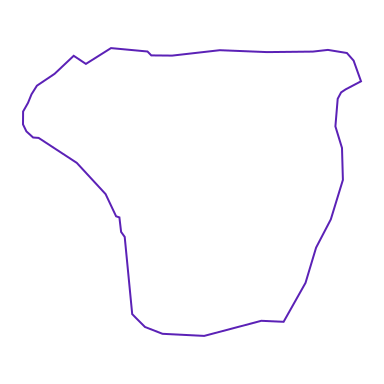 Magdalena Milpas Altas, Sacatepéquez, Guatemala (Robinson projection)
{"feature_id": "79465075B1840985123579", "entity_name": "Magdalena Milpas Altas", "entity_type": "district", "adm_level": 2, "iso_a3": "GTM", "parent_name": "Guatemala", "parent_adm1": "Sacatepéquez", "projection": "robinson", "projection_center": [-90.68, 14.541], "detail": "fine", "context": "isolated", "style": "outline", "palette": "violet", "viewbox_px": 384, "rotation_deg": 0, "n_neighbors": 0, "source": "geoboundaries", "source_scale": "gbopen_adm2", "svg_char_len": 659}
<svg xmlns="http://www.w3.org/2000/svg" viewBox="0 0 384 384"><path d="M305.5,282.9L316.1,247.6L330.8,219.4L342.9,179.9L342.0,148.0L335.4,126.4L337.7,98.8L341.1,92.4L345.6,89.4L355.1,84.4L361.0,81.3L353.6,60.6L346.9,53.0L327.9,49.9L312.8,51.6L267.1,52.1L219.8,50.2L172.2,55.6L151.3,55.4L147.5,51.5L111.0,48.1L85.9,63.9L73.7,55.8L54.6,73.8L36.9,85.7L31.5,94.3L28.0,102.9L23.1,111.5L23.0,124.4L26.4,131.4L33.1,137.5L38.6,137.9L76.8,162.9L105.6,194.1L116.1,216.3L119.4,217.4L121.1,231.9L124.7,236.9L132.2,314.1L135.8,317.8L141.3,323.3L145.0,327.0L162.5,333.8L204.2,335.9L261.3,320.8L283.6,321.8L305.5,282.9Z" fill="none" stroke="#5b21b6" stroke-width="2"/></svg>